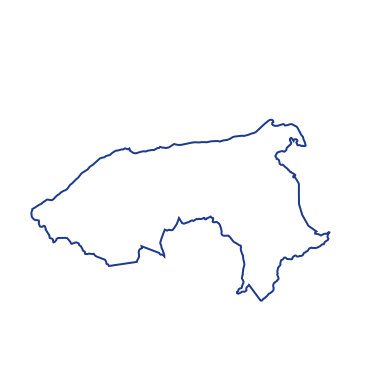 Peru, Albers equal-area conic projection, rotated 110°
{"feature_id": "PER", "entity_name": "Peru", "entity_type": "country or territory", "adm_level": 0, "iso_a3": "PER", "parent_name": "South America", "parent_adm1": "", "projection": "albers", "projection_center": [-73.974, -9.194], "detail": "fine", "context": "isolated", "style": "outline", "palette": "blue", "viewbox_px": 384, "rotation_deg": 110, "n_neighbors": 0, "source": "natural_earth", "source_scale": "50m", "svg_char_len": 6047}
<svg xmlns="http://www.w3.org/2000/svg" viewBox="0 0 384 384"><g transform="rotate(110 192 192)"><path d="M271.8,113.9L271.7,115.0L271.2,115.4L270.4,115.5L269.3,114.7L268.4,114.9L267.5,114.9L266.3,114.1L265.9,113.2L265.0,112.5L263.0,112.8L261.4,112.8L260.0,112.6L258.8,112.8L257.7,113.7L256.9,114.7L256.0,115.6L253.4,116.1L251.9,116.1L250.7,116.7L248.8,116.9L247.5,117.4L242.4,117.9L240.2,119.0L238.7,120.1L235.9,121.7L234.4,122.3L232.6,124.1L230.4,125.8L229.0,126.7L226.9,127.1L226.1,127.6L225.7,128.1L225.9,128.8L224.9,133.5L224.6,135.7L223.2,138.1L221.7,140.4L221.0,141.9L220.6,143.0L221.0,143.9L222.1,146.9L222.3,147.7L222.1,148.8L221.5,149.7L220.5,150.3L219.2,150.5L216.5,152.1L213.4,154.6L212.5,155.7L211.7,158.5L211.9,159.3L212.5,159.9L213.0,161.3L213.0,162.1L212.6,162.5L211.0,162.7L210.4,163.1L209.8,163.0L209.3,163.2L209.3,163.8L209.4,164.5L209.3,165.2L208.7,166.0L209.0,166.4L210.3,167.5L211.5,168.9L212.3,169.1L213.0,169.6L213.1,170.3L212.9,171.0L212.2,171.3L212.2,172.0L213.6,173.3L214.2,174.1L214.7,175.3L214.7,176.0L215.3,176.9L215.7,177.7L215.7,178.5L218.0,180.2L218.6,180.6L218.7,181.1L218.6,182.0L219.5,183.3L221.0,184.4L224.5,188.7L224.6,190.7L220.9,195.3L223.9,195.3L227.0,195.3L230.2,196.0L232.4,196.6L233.7,196.9L234.6,197.6L235.4,199.7L235.5,201.1L236.8,202.2L236.7,204.7L245.5,204.8L249.7,204.6L251.2,204.2L253.1,202.4L254.3,201.9L255.4,201.1L256.7,199.6L257.8,198.9L258.7,198.0L260.0,197.2L260.5,196.6L262.0,196.0L261.6,196.8L261.2,197.6L261.1,198.8L261.6,200.2L261.2,201.2L260.5,202.1L260.2,220.8L260.9,220.3L261.9,219.8L263.2,221.1L264.1,221.6L264.8,221.7L265.6,221.7L266.7,221.5L269.1,220.4L270.7,219.6L272.6,219.7L275.1,220.1L276.6,220.0L289.9,244.7L288.7,246.4L288.8,247.6L287.9,248.3L287.1,248.7L286.1,249.7L285.4,250.6L285.3,258.5L285.2,260.3L284.6,261.9L283.7,263.2L284.5,264.8L285.2,267.9L285.7,268.5L286.4,269.8L286.7,271.0L286.6,271.4L285.2,272.0L284.7,272.4L284.5,274.2L283.9,274.8L282.9,275.6L281.6,277.2L281.1,277.6L280.4,279.9L279.2,280.7L278.9,282.2L278.9,283.3L279.5,284.5L281.7,287.1L281.9,287.7L280.6,289.2L279.9,290.2L278.1,293.4L278.1,294.0L278.5,295.5L281.0,302.0L281.5,302.5L282.3,303.2L283.6,303.1L285.6,303.8L286.6,304.6L286.7,305.0L286.4,305.3L284.2,306.5L283.8,307.2L283.7,308.2L283.9,309.8L283.4,310.3L282.2,310.9L281.2,311.7L280.1,313.1L278.4,315.3L277.8,315.9L277.5,316.7L276.5,316.9L274.7,318.4L274.4,319.1L274.6,319.9L275.6,320.5L276.2,321.4L276.3,322.5L276.3,323.2L275.2,324.2L273.7,325.4L271.9,325.6L271.2,326.2L271.3,327.5L271.9,329.3L271.9,330.7L271.3,332.3L270.0,334.1L267.9,335.2L266.1,335.9L264.6,335.9L263.2,336.0L262.5,336.2L261.4,335.1L256.6,331.5L254.7,329.6L253.0,328.7L248.8,325.7L248.4,324.7L247.9,321.6L247.4,320.7L245.9,319.6L242.3,318.1L240.9,317.3L239.4,316.0L237.2,315.0L234.8,313.0L233.4,311.4L231.9,310.3L226.9,308.9L224.5,307.4L219.8,305.3L217.8,304.0L212.8,302.4L211.4,301.6L206.5,297.8L203.1,296.6L200.3,294.5L192.0,290.0L190.7,288.5L189.4,286.3L187.5,285.0L185.4,281.9L182.3,280.2L179.3,277.8L178.2,275.6L176.2,272.9L175.6,271.4L173.9,269.9L173.8,267.0L172.5,265.7L173.4,265.0L174.3,264.7L175.4,260.2L174.8,257.9L171.7,253.8L170.5,251.9L169.7,249.3L168.4,247.8L166.6,244.7L165.4,241.9L162.9,239.8L162.2,239.1L161.9,238.1L160.5,237.4L160.4,235.2L159.4,231.1L158.0,229.0L153.0,225.2L152.9,223.7L152.5,221.0L151.3,218.1L145.7,209.1L144.3,206.4L142.9,202.0L141.6,199.5L140.2,195.1L138.0,191.7L136.7,188.8L135.3,185.2L135.1,183.2L132.6,179.9L131.2,176.9L128.8,174.3L126.4,172.4L125.4,171.0L122.1,164.5L121.6,162.5L119.3,159.0L117.0,156.4L115.6,154.3L113.8,152.5L102.8,146.9L98.9,144.5L97.5,143.4L96.9,141.6L97.1,140.5L98.3,139.5L99.8,140.3L100.8,139.9L101.5,138.6L101.5,136.7L100.5,134.2L96.9,129.4L97.1,128.3L97.7,127.2L96.3,124.9L94.8,123.0L94.1,121.6L94.8,116.1L95.6,114.7L100.8,109.1L102.2,106.7L104.5,105.1L106.8,102.9L109.5,101.1L110.3,101.7L110.5,102.7L110.8,103.2L110.8,104.1L111.2,104.6L111.3,106.2L111.1,106.6L111.3,107.4L111.9,108.8L111.7,109.2L110.6,109.9L110.0,110.8L109.2,110.8L107.9,110.4L107.1,111.0L106.8,111.9L107.1,112.7L107.2,113.4L107.7,114.0L109.3,114.0L107.2,117.0L107.4,117.6L108.3,118.0L108.9,118.1L110.3,117.3L111.8,115.6L112.7,115.4L113.9,115.8L115.5,116.8L117.3,117.6L118.1,118.1L120.5,117.7L122.5,119.0L122.7,121.1L123.5,122.6L125.5,125.1L126.5,125.6L127.7,125.6L129.5,126.0L130.1,125.7L131.0,124.2L131.9,123.9L131.9,123.3L131.8,122.5L132.0,121.7L132.7,120.9L135.5,119.2L136.0,117.6L135.8,117.0L135.4,116.4L135.5,115.5L136.7,112.8L137.5,110.1L138.1,109.6L138.7,107.8L139.5,106.8L139.4,105.7L139.8,105.2L139.8,103.9L140.5,101.3L140.6,100.8L140.9,100.7L141.5,100.8L142.1,101.4L142.2,102.0L142.4,102.2L142.9,102.2L143.5,101.8L143.5,101.3L143.0,100.8L142.9,100.5L143.1,100.0L146.9,95.2L148.1,94.2L155.9,91.4L166.6,87.4L175.8,80.6L182.8,72.4L183.9,71.2L186.5,61.6L187.4,62.3L188.6,62.3L189.0,62.1L188.4,58.2L188.5,57.4L188.8,56.4L188.7,55.9L187.7,55.1L186.2,53.6L185.5,52.2L185.1,51.1L182.9,49.7L183.0,49.1L183.6,49.1L185.3,49.7L187.5,49.4L188.4,48.9L189.3,47.8L190.0,47.8L190.7,48.0L192.8,49.6L193.7,50.1L194.6,50.3L195.4,50.3L196.0,50.3L196.7,51.8L197.8,52.4L198.9,52.9L201.3,55.2L202.1,56.2L202.8,58.0L203.1,59.1L203.5,59.8L203.4,60.5L204.2,61.7L204.8,62.3L205.8,62.7L207.8,63.2L208.9,64.3L209.8,64.7L210.9,65.9L211.7,66.2L212.9,66.1L214.0,66.7L214.8,67.7L215.4,69.1L216.2,69.8L216.7,71.2L216.2,72.8L216.6,73.6L217.5,74.3L218.9,75.1L220.3,74.9L220.9,75.1L221.3,75.8L222.4,79.7L221.9,80.9L221.7,81.7L222.0,82.8L224.6,83.8L225.3,84.7L226.2,84.9L227.4,84.8L228.9,84.6L229.8,84.1L230.3,84.0L233.9,85.2L235.4,84.9L236.7,84.8L238.0,84.5L239.3,83.6L240.4,83.7L241.2,83.1L243.3,81.2L244.1,81.0L247.1,82.1L248.1,83.0L248.8,83.2L249.6,83.8L251.2,83.9L252.8,83.5L254.1,82.5L256.4,81.9L257.2,82.1L260.5,84.0L261.4,85.1L262.5,85.3L263.5,85.8L265.0,86.4L265.8,87.0L266.9,87.4L267.7,88.3L269.0,88.8L270.0,89.1L270.5,89.8L270.5,90.2L270.4,90.6L259.8,106.7L260.3,106.8L263.0,108.0L263.7,108.1L264.7,107.8L265.4,107.3L266.0,107.2L267.6,108.3L268.2,110.1L268.7,111.0L269.8,111.7L271.0,112.8L271.8,113.9Z" fill="none" stroke="#1e3a8a" stroke-width="2"/></g></svg>